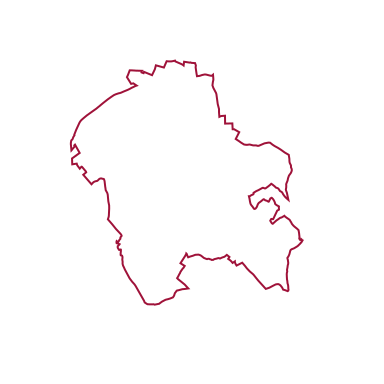 Breaza, Mures, Romania (Mercator projection), rotated 236°
{"feature_id": "2599482B97125721740240", "entity_name": "Breaza", "entity_type": "district", "adm_level": 2, "iso_a3": "ROU", "parent_name": "Romania", "parent_adm1": "Mures", "projection": "mercator", "projection_center": [24.592, 46.763], "detail": "fine", "context": "isolated", "style": "outline", "palette": "rose", "viewbox_px": 384, "rotation_deg": 236, "n_neighbors": 0, "source": "geoboundaries", "source_scale": "gbopen_adm2", "svg_char_len": 6020}
<svg xmlns="http://www.w3.org/2000/svg" viewBox="0 0 384 384"><g transform="rotate(236 192 192)"><path d="M278.6,271.9L281.2,269.6L282.1,268.6L282.4,268.1L283.3,265.9L284.0,263.3L285.2,260.9L285.4,261.0L287.5,261.9L293.3,264.7L294.8,266.0L297.2,266.6L298.0,265.5L298.6,264.8L299.3,263.8L299.7,263.6L300.4,263.0L300.4,262.6L304.4,258.3L301.6,255.8L302.3,255.6L303.9,254.8L309.6,251.2L310.4,251.4L311.2,249.3L311.9,247.8L313.0,246.1L314.6,244.1L310.9,238.3L317.2,232.9L314.5,229.8L311.2,224.2L318.4,219.4L318.1,219.1L317.6,218.3L319.1,217.2L319.4,217.0L320.4,218.0L320.5,218.2L324.4,212.8L325.0,212.1L326.8,209.7L327.7,208.4L324.8,204.3L323.6,202.3L315.7,202.0L314.9,204.1L311.2,205.6L311.5,204.5L311.9,201.6L312.1,200.4L312.3,198.0L312.6,195.9L313.5,191.6L314.0,188.8L314.4,187.4L314.8,186.5L315.6,183.6L315.8,182.6L316.0,181.3L316.0,178.2L315.9,174.0L315.5,168.5L314.6,159.3L314.5,154.7L314.3,147.7L313.9,143.6L313.5,140.5L313.0,138.8L312.4,137.5L308.2,130.6L305.3,126.4L304.8,126.3L303.9,124.3L302.6,122.5L302.4,122.0L302.4,121.2L302.2,120.7L301.7,120.2L300.4,119.0L299.4,118.3L293.9,115.3L294.0,115.7L294.3,116.4L295.1,119.3L295.4,120.0L295.7,120.3L296.4,120.4L296.6,120.8L296.7,121.5L287.2,120.7L286.9,111.3L281.9,108.2L280.0,112.3L278.3,111.8L274.1,112.0L274.8,114.5L274.5,114.8L274.1,114.9L268.3,115.5L267.5,115.3L267.1,111.5L254.6,113.0L255.2,115.6L255.2,116.3L255.0,117.6L254.2,119.7L254.3,120.7L254.6,122.0L254.6,122.9L254.4,123.7L253.9,124.5L253.0,125.2L252.6,125.7L251.8,126.2L249.9,125.6L244.7,122.9L244.0,122.6L241.8,121.5L238.5,121.2L236.8,120.6L234.5,119.3L231.0,117.4L227.2,115.8L224.6,114.1L218.7,109.7L217.8,108.8L216.4,107.0L209.8,107.8L203.8,108.3L197.6,109.3L196.5,109.4L195.3,109.3L194.8,108.8L194.6,107.8L194.2,107.1L193.3,106.5L192.8,104.8L192.3,104.0L191.9,102.9L191.8,102.6L193.4,102.1L193.1,101.7L192.1,101.0L191.7,100.9L190.6,101.9L189.2,102.8L189.1,102.6L188.6,100.1L187.4,99.3L186.7,99.2L184.7,99.2L184.5,99.5L184.4,100.4L184.1,100.8L183.9,100.8L182.4,99.7L181.5,98.9L179.7,97.6L179.3,97.6L178.9,98.1L178.3,98.4L177.4,98.2L176.5,97.7L174.9,96.4L173.0,95.5L171.3,94.3L169.6,93.7L167.4,93.4L165.3,93.0L155.3,92.0L151.1,92.2L147.6,92.7L145.5,92.7L128.6,91.4L126.9,91.0L124.5,92.0L123.7,92.5L121.7,95.3L120.3,97.5L119.5,98.0L117.7,102.3L117.8,103.4L117.9,105.8L117.5,109.4L117.3,110.3L116.6,112.1L115.9,114.4L115.3,117.3L115.7,118.3L116.1,119.2L117.7,121.2L118.3,123.0L118.6,123.6L118.7,124.7L118.4,125.0L116.8,129.7L115.7,131.7L114.1,135.0L119.4,134.2L127.6,131.7L128.9,131.5L129.5,132.9L131.0,135.6L131.4,136.6L132.1,137.5L132.4,138.3L132.9,139.3L133.2,140.3L133.7,141.4L133.9,142.6L134.8,144.6L139.4,142.6L142.7,150.3L143.9,152.6L144.2,152.9L143.8,153.0L140.5,152.3L140.0,152.3L139.6,154.1L138.6,157.3L138.1,159.6L136.5,162.3L136.2,162.6L134.8,163.6L133.9,164.0L130.7,165.0L128.3,166.6L127.9,167.0L127.7,167.9L127.3,168.5L126.9,168.9L126.3,169.2L125.6,169.9L124.7,170.3L123.9,171.6L123.9,172.6L123.6,173.7L123.2,174.6L122.6,176.5L122.2,177.3L121.3,177.9L121.1,178.3L121.0,179.5L120.6,181.2L120.2,182.5L120.2,183.6L120.4,185.7L117.2,186.7L116.3,184.6L113.9,185.5L112.5,185.8L110.5,186.0L110.5,188.7L109.9,188.3L108.1,187.9L106.1,187.8L105.3,194.1L101.2,194.6L97.9,194.8L93.8,195.5L89.9,196.6L88.7,196.8L84.7,197.1L81.4,197.4L70.4,199.0L69.4,202.6L69.0,206.4L68.6,209.6L68.1,210.8L67.6,211.7L67.3,212.1L66.5,212.6L65.2,213.1L62.5,213.3L60.0,213.0L59.1,213.9L56.3,215.9L56.4,216.7L57.1,217.4L58.4,218.0L58.8,218.3L60.5,219.3L61.7,219.8L62.8,220.1L65.0,221.3L66.9,222.1L67.5,222.6L68.0,222.8L70.9,224.6L72.0,225.5L72.7,226.4L74.4,227.3L76.1,229.0L77.6,230.3L78.5,231.4L79.5,232.2L81.3,233.1L82.1,233.5L83.6,234.0L84.0,234.2L84.2,234.6L84.5,235.5L84.9,236.3L85.9,237.9L88.4,240.7L88.8,241.5L88.8,242.0L88.8,242.8L88.3,244.8L88.2,246.1L88.1,248.2L88.1,249.5L88.7,252.8L89.1,253.9L89.2,254.4L89.1,254.5L90.1,256.6L91.1,256.0L91.4,256.3L91.8,256.2L91.4,255.7L91.7,254.9L92.4,254.8L93.3,254.9L93.6,255.0L94.5,255.9L98.1,257.8L100.8,259.0L102.7,258.6L106.3,257.5L107.8,257.2L109.9,257.0L111.5,257.3L112.3,257.2L113.7,257.4L114.5,257.3L115.4,257.0L117.9,256.0L120.0,255.3L120.6,255.3L120.8,251.9L121.1,251.3L121.3,250.2L121.2,248.6L121.2,246.8L121.2,246.0L120.5,241.2L121.4,240.7L124.4,240.8L125.3,242.4L125.2,242.9L124.6,243.5L124.2,243.8L124.1,244.1L128.9,252.2L128.9,252.7L128.7,254.1L128.8,254.3L130.4,255.2L131.4,256.0L133.8,254.8L135.4,254.3L136.0,254.4L136.6,254.7L137.8,255.0L139.3,255.2L141.0,255.2L142.5,254.9L142.8,254.6L142.8,254.3L142.7,253.8L142.8,253.3L141.1,250.4L141.1,250.1L141.5,249.8L143.0,249.1L144.1,248.1L145.7,247.6L145.9,247.4L146.0,246.8L145.7,244.0L145.6,241.2L145.0,239.7L143.8,238.0L143.2,237.0L142.8,235.7L142.7,235.2L143.0,234.6L143.1,234.2L143.6,234.0L146.1,234.0L147.8,233.8L149.5,233.9L151.6,234.7L154.2,235.9L156.6,236.8L156.3,237.2L156.2,237.7L156.2,239.2L155.9,240.9L155.8,241.6L156.3,242.1L156.6,242.4L156.7,242.9L156.9,242.9L156.8,245.8L156.4,248.1L156.0,252.7L155.8,253.2L154.1,254.5L153.9,255.1L154.0,258.0L154.2,260.5L154.5,262.3L153.4,262.8L150.1,263.8L149.4,263.9L148.8,264.0L147.2,265.2L146.4,265.5L143.6,265.5L142.0,266.3L141.1,266.5L139.1,266.3L136.4,266.4L134.2,266.8L131.6,267.5L138.2,270.2L140.6,270.8L141.6,271.2L142.9,272.5L144.7,273.8L145.5,274.2L146.2,274.9L148.0,277.6L149.7,279.3L151.4,281.6L152.4,284.4L153.3,285.9L154.2,286.9L155.3,287.5L157.2,287.9L158.3,288.7L159.2,289.0L161.1,289.2L162.3,289.6L163.7,290.4L164.9,291.2L168.7,293.0L172.8,291.0L177.4,289.3L180.4,288.0L183.9,286.2L186.3,285.2L189.2,284.3L190.2,283.0L191.8,279.3L193.0,273.1L193.8,272.0L194.5,271.5L194.9,271.0L196.1,269.2L196.6,268.6L199.1,266.4L199.6,265.5L200.1,264.4L200.8,263.3L202.3,261.7L205.7,260.2L207.9,259.4L211.5,257.9L215.2,264.6L219.9,262.3L220.4,262.1L221.3,260.8L226.3,263.8L230.2,257.7L236.8,262.0L238.7,258.6L239.0,256.7L243.2,259.1L245.7,260.8L250.5,262.5L259.4,266.9L260.7,267.3L266.3,267.9L269.0,268.6L271.6,270.9L273.0,272.4L274.6,273.4L277.5,275.0L277.3,273.5L277.4,273.3L277.6,272.9L278.6,271.9Z" fill="none" stroke="#9f1239" stroke-width="2"/></g></svg>